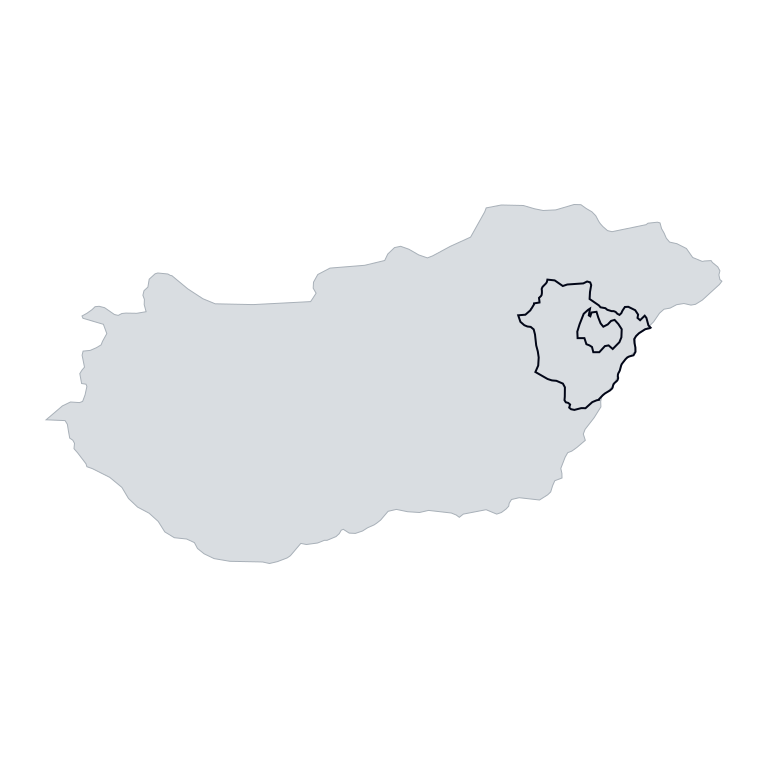 location of Hajdú-Bihar within Hungary
{"feature_id": "HUN-3173", "entity_name": "Hajdú-Bihar", "entity_type": "County", "adm_level": 1, "iso_a3": "HUN", "parent_name": "Hungary", "parent_adm1": "", "projection": "equal_earth", "projection_center": [21.543, 47.451], "detail": "fine", "context": "in_parent", "style": "outline", "palette": "ink", "viewbox_px": 768, "rotation_deg": 0, "n_neighbors": 0, "source": "natural_earth", "source_scale": "10m", "svg_char_len": 4451}
<svg xmlns="http://www.w3.org/2000/svg" viewBox="0 0 768 768"><path d="M648.0,223.2L657.4,222.2L657.8,222.3L660.0,222.9L661.6,228.8L661.9,229.2L664.1,233.1L666.3,238.2L669.6,242.1L676.9,243.7L686.4,248.5L692.7,257.5L702.0,261.3L702.6,261.4L704.4,261.0L711.1,260.6L712.4,262.5L717.8,266.9L719.9,270.8L718.9,274.9L719.9,279.6L721.9,281.2L719.5,284.4L702.3,300.1L695.5,304.3L691.0,305.1L683.9,303.5L676.6,304.7L670.1,308.1L664.0,309.2L659.5,313.2L653.6,321.8L646.4,329.0L639.1,333.5L635.3,337.6L634.9,351.5L630.8,355.6L625.4,359.6L622.4,363.2L614.1,384.5L607.7,391.4L601.7,396.6L600.7,401.4L600.9,406.9L594.0,417.9L585.1,429.3L583.3,434.0L585.3,440.3L576.7,447.6L571.8,451.1L567.7,452.7L565.1,457.3L560.8,468.4L561.9,473.4L562.0,478.0L554.8,480.7L552.6,485.7L550.7,491.9L547.7,494.8L539.5,500.0L519.2,497.7L511.5,499.5L509.2,503.2L508.7,506.2L506.1,509.0L501.4,512.5L496.7,514.1L486.1,509.7L463.3,514.1L459.3,517.3L456.2,515.0L451.3,513.0L428.5,510.4L419.5,512.5L407.5,511.7L396.4,509.4L388.1,511.3L380.6,520.1L376.9,523.0L374.1,524.9L367.7,527.7L362.5,531.0L355.4,533.4L349.2,533.1L343.3,529.3L341.2,530.2L339.3,533.6L336.0,536.6L327.1,540.3L324.9,540.3L324.4,540.3L317.6,543.0L306.4,544.5L300.8,543.4L290.4,555.7L287.2,557.9L277.5,561.6L269.5,563.5L262.7,562.0L260.0,561.9L229.9,561.3L214.1,558.6L204.1,553.8L197.5,548.5L194.4,542.6L186.6,539.0L174.3,537.7L164.8,531.9L158.2,521.4L149.1,513.2L137.6,507.1L128.5,498.5L121.9,487.4L109.8,477.4L92.3,468.6L86.9,466.7L86.0,463.8L77.6,452.8L74.0,448.7L74.5,443.3L72.8,440.2L69.7,438.1L68.3,430.2L67.4,424.4L65.1,420.6L46.1,419.8L62.4,405.9L70.5,402.0L79.6,402.6L82.6,401.4L83.4,399.4L85.1,394.8L86.0,390.5L86.9,386.5L86.0,384.2L81.6,383.5L79.8,373.6L82.2,369.8L84.5,367.2L82.1,355.2L83.1,351.1L90.2,350.4L96.2,347.8L101.1,344.9L102.6,341.2L106.8,333.6L103.4,324.3L83.0,318.3L82.0,316.0L86.9,313.3L92.1,309.6L95.1,306.7L99.1,306.3L104.6,307.7L114.4,314.5L118.2,315.4L121.9,313.5L125.8,313.1L136.8,313.3L146.1,311.7L144.2,304.6L144.4,299.4L142.9,295.3L144.0,290.7L147.9,287.1L149.2,279.2L155.1,273.8L157.8,273.0L167.9,274.0L170.3,275.4L171.9,275.7L187.7,288.8L202.8,298.7L215.2,303.8L233.6,304.2L253.2,304.6L286.0,302.9L310.6,301.6L312.3,299.1L316.1,293.2L313.2,288.2L313.5,282.2L317.8,274.5L330.0,268.1L364.7,265.3L384.7,260.5L387.8,254.0L394.5,247.6L400.6,246.3L408.8,249.2L418.7,254.9L427.4,257.9L432.6,255.9L450.2,246.4L470.6,237.1L484.7,211.9L486.2,207.9L501.3,205.0L523.3,205.5L534.6,208.8L543.1,210.5L555.8,209.9L574.1,204.5L580.9,204.7L586.2,208.5L591.9,211.8L595.8,215.8L598.8,221.5L600.3,223.7L602.9,226.6L607.5,230.6L612.0,231.7L646.0,224.7L648.0,223.2Z" fill="#d9dde1" stroke="#a8b0b8" stroke-width="1"/><path d="M650.6,327.7L650.0,328.1L645.2,329.2L639.0,333.2L636.1,336.0L634.2,339.1L634.5,343.1L635.4,347.5L635.5,351.8L633.5,355.3L629.1,356.5L627.3,357.4L625.5,359.2L621.7,364.1L621.1,365.6L619.9,370.2L619.4,371.4L618.3,373.3L617.9,374.7L617.8,376.2L618.1,377.3L618.1,378.5L617.5,380.1L616.7,381.1L614.5,383.0L613.5,384.2L613.1,385.4L612.6,387.6L611.9,388.7L609.9,390.5L605.0,393.4L602.8,395.2L598.9,399.3L599.0,399.8L596.6,400.3L592.3,402.1L585.5,408.2L581.3,408.1L574.4,409.9L571.0,409.2L569.2,407.6L570.1,404.5L568.2,402.9L565.8,402.3L564.5,400.2L564.8,396.6L564.9,387.3L562.9,383.6L556.4,380.8L551.9,380.4L547.6,379.0L535.4,372.0L538.2,365.6L538.7,357.5L537.8,351.4L536.2,345.4L535.0,334.5L533.7,329.4L530.7,326.9L527.4,326.5L524.3,325.2L520.4,321.8L518.2,315.3L525.4,314.7L530.4,310.3L531.0,309.1L531.6,308.4L534.0,304.4L534.0,303.4L539.5,302.5L539.5,301.8L539.0,297.9L541.0,296.0L541.6,295.0L541.9,293.0L541.9,290.6L541.7,289.4L541.8,288.5L542.6,286.8L545.9,283.5L546.7,282.4L547.2,280.7L547.4,279.6L554.7,280.4L562.8,286.0L567.3,284.5L583.3,283.4L587.1,281.5L590.2,282.4L591.2,285.1L590.0,291.9L589.6,299.0L598.9,305.4L600.5,307.3L605.4,308.2L607.3,309.8L611.5,311.1L613.6,311.1L615.6,311.9L617.4,313.8L619.5,314.9L621.3,313.2L622.5,310.6L624.9,307.0L628.3,306.8L635.2,310.2L638.1,314.6L637.5,317.9L640.1,320.2L644.7,315.7L646.4,317.9L648.4,325.3L650.6,327.7L650.6,327.7ZM590.3,316.3L588.8,315.4L590.0,308.6L588.0,309.9L583.7,313.8L579.6,324.2L577.3,331.6L577.6,338.1L584.4,338.1L586.4,344.2L589.5,345.4L592.0,347.0L593.3,352.2L599.3,352.2L604.9,346.1L608.6,345.4L612.7,349.0L619.4,342.2L621.4,337.3L621.7,329.2L618.4,324.1L614.6,319.9L611.1,320.9L607.8,324.4L603.3,326.7L600.6,323.4L598.3,317.6L596.5,311.8L591.5,312.5L590.3,316.3Z" fill="none" stroke="#020617" stroke-width="2"/></svg>